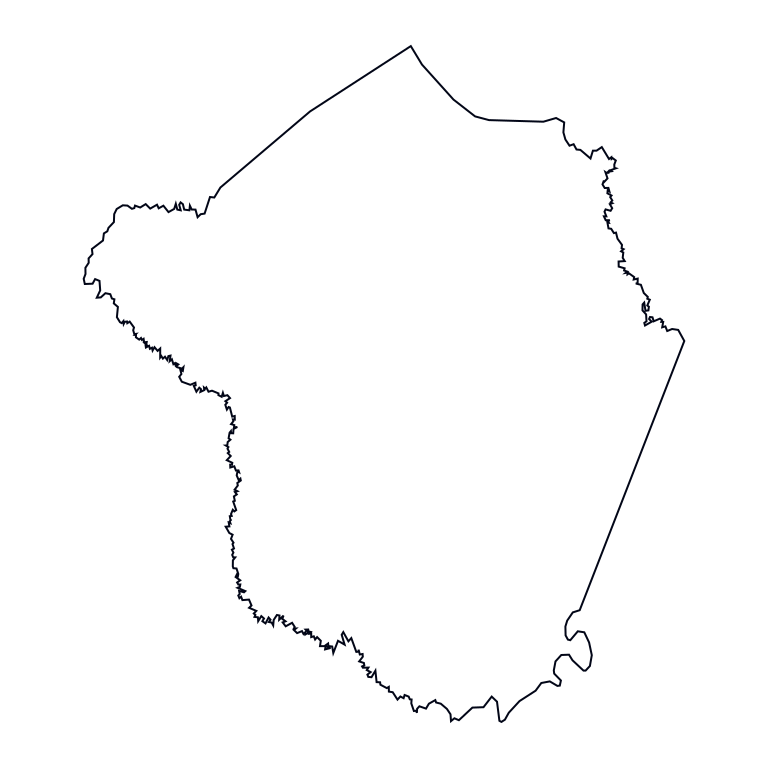 Puerto Rico, Meta, Colombia (Natural Earth projection)
{"feature_id": "7082276B74831898220162", "entity_name": "Puerto Rico", "entity_type": "district", "adm_level": 2, "iso_a3": "COL", "parent_name": "Colombia", "parent_adm1": "Meta", "projection": "natural_earth1", "projection_center": [-73.12, 2.752], "detail": "fine", "context": "isolated", "style": "outline", "palette": "ink", "viewbox_px": 768, "rotation_deg": 0, "n_neighbors": 0, "source": "geoboundaries", "source_scale": "gbopen_adm2", "svg_char_len": 6112}
<svg xmlns="http://www.w3.org/2000/svg" viewBox="0 0 768 768"><path d="M579.7,610.2L684.3,341.0L678.2,329.9L672.1,329.0L667.2,331.0L665.4,326.4L662.2,327.3L663.2,321.9L661.3,321.9L662.0,320.1L660.0,318.6L653.7,321.3L652.5,317.3L650.0,317.0L649.1,319.0L651.7,321.7L645.0,325.5L644.3,322.9L646.5,321.3L646.1,314.4L642.5,310.4L642.6,304.4L644.2,302.6L645.5,310.8L648.4,310.4L648.9,306.7L647.3,305.5L649.8,299.7L647.3,298.7L647.8,296.9L643.8,293.0L640.9,284.8L635.8,283.5L637.6,283.1L637.7,278.6L633.7,279.5L634.2,277.1L628.9,273.3L627.5,274.3L627.6,272.6L625.7,272.9L627.3,271.6L624.1,270.5L624.6,268.3L618.7,266.6L618.6,261.5L624.7,261.1L622.7,257.8L623.3,252.5L621.1,251.3L623.6,249.2L621.6,248.3L622.0,244.9L617.5,238.7L616.0,232.6L613.9,233.1L611.2,228.8L608.5,228.4L607.4,222.4L608.8,222.7L607.9,221.1L609.8,220.2L605.7,220.2L603.9,216.3L606.3,216.3L604.5,211.7L605.6,209.4L610.6,210.8L612.2,208.2L609.8,204.1L612.3,203.2L610.7,202.3L612.3,200.5L610.2,197.1L611.5,195.5L607.4,193.3L607.7,190.4L609.4,191.5L608.4,187.9L604.7,188.0L602.5,184.4L603.9,180.5L604.1,182.0L607.5,178.4L605.4,172.1L606.9,173.1L608.3,171.6L608.2,173.5L609.1,171.6L611.7,171.2L610.6,170.2L615.9,168.3L614.4,167.8L614.3,164.5L615.8,160.5L612.6,158.1L611.6,158.9L611.4,157.2L609.0,159.0L601.8,147.1L596.5,150.7L592.9,150.7L590.5,158.5L580.4,149.9L576.5,149.5L573.6,144.2L569.5,145.7L565.4,139.5L563.4,132.4L564.2,122.4L556.1,118.0L543.4,121.7L489.0,120.1L475.1,116.4L453.5,99.6L422.0,64.6L410.8,46.1L310.1,111.4L220.4,187.5L214.3,197.5L210.0,197.0L204.6,213.6L200.7,214.2L197.6,217.2L195.5,209.6L191.7,209.5L189.9,205.7L189.4,210.3L184.2,209.6L182.9,204.2L180.6,202.4L179.2,204.8L180.7,210.3L177.3,209.6L175.8,203.8L174.2,208.9L168.5,212.1L163.4,205.7L158.7,208.3L157.0,204.7L150.2,208.6L145.7,204.1L140.2,207.5L135.0,205.6L134.3,208.1L131.9,208.8L127.5,205.6L122.8,205.3L116.7,209.0L114.2,214.1L113.9,222.1L108.5,227.8L107.3,231.3L103.9,233.4L103.0,240.5L91.9,249.0L92.5,254.1L88.6,258.4L88.7,262.8L85.4,267.8L85.5,274.0L83.7,278.8L84.8,284.0L92.6,283.7L95.1,279.1L99.5,280.9L100.2,290.4L96.8,297.7L100.8,297.4L105.4,293.2L110.3,294.2L111.9,298.5L114.4,299.3L113.8,303.4L117.9,306.9L116.9,317.2L120.0,322.2L121.7,323.1L123.4,321.1L123.7,323.9L124.8,321.8L127.0,321.5L127.3,323.2L129.7,321.6L134.0,327.5L133.2,330.2L134.3,334.1L135.9,333.9L134.8,334.9L136.0,335.0L135.9,337.3L139.2,339.6L141.0,338.0L141.9,339.9L143.6,338.8L144.1,342.3L146.7,342.0L146.4,343.8L145.2,343.5L146.9,345.2L145.6,345.4L145.9,347.5L149.1,345.8L149.9,348.8L152.0,347.7L152.6,350.5L154.5,347.2L157.6,350.9L160.2,348.5L160.2,357.5L161.3,356.0L162.9,358.6L165.0,356.7L167.2,360.0L168.4,356.1L170.5,355.6L169.7,361.2L171.9,359.3L173.4,364.2L174.5,363.4L175.5,365.1L176.0,363.1L178.3,364.4L176.1,366.3L177.1,367.2L182.0,368.6L183.4,367.2L182.8,371.0L180.3,369.7L181.4,374.0L179.2,376.8L181.8,381.7L190.3,384.8L195.4,382.7L195.7,385.3L193.8,385.9L196.4,391.7L199.3,387.7L201.0,389.2L200.4,391.9L204.3,390.1L204.0,387.6L205.2,388.7L206.3,387.4L208.5,391.7L212.0,390.7L218.5,393.4L218.4,395.1L221.7,396.8L222.9,392.8L223.9,396.0L227.4,395.2L230.0,398.1L225.4,401.2L227.1,402.7L225.3,404.8L226.9,409.6L228.6,407.0L229.9,407.5L232.2,416.6L234.7,416.0L234.8,419.6L232.9,419.4L233.4,421.2L231.1,424.1L234.3,425.1L234.0,427.3L237.3,427.0L233.5,429.0L233.2,433.3L231.1,433.2L230.9,431.1L229.6,432.7L228.6,438.3L230.4,439.7L227.7,442.0L227.3,445.4L225.8,445.5L228.4,447.1L227.5,448.7L229.2,451.9L227.8,453.1L230.7,456.0L226.8,460.2L232.3,462.8L232.0,464.7L230.2,464.7L230.3,467.5L234.3,466.3L235.9,470.5L238.5,470.4L239.1,472.3L237.5,471.4L236.7,475.4L238.7,480.1L240.4,478.6L240.8,480.5L237.3,483.0L237.8,485.5L234.6,489.7L237.4,491.2L234.9,492.0L236.8,494.4L233.9,496.4L234.8,500.8L233.2,501.5L236.2,510.1L234.3,511.4L232.8,509.8L231.0,514.1L231.7,515.9L229.8,516.2L230.4,519.9L231.4,519.4L229.7,521.3L230.4,523.2L228.7,522.5L229.4,526.4L225.7,526.7L229.3,533.0L232.6,534.7L231.0,538.9L233.5,542.7L232.5,544.1L234.0,548.5L231.9,549.7L233.4,552.6L232.2,554.9L233.2,557.3L235.2,557.4L232.9,560.3L232.8,566.4L233.4,568.2L236.5,568.5L238.3,574.0L237.7,577.4L236.9,574.4L235.6,577.0L240.2,580.3L237.1,582.5L238.4,584.6L240.3,584.5L239.9,586.8L237.6,587.8L245.3,591.1L244.0,592.3L239.1,590.9L239.7,594.0L238.3,595.5L239.4,598.2L241.1,596.7L242.4,600.1L249.0,599.6L251.5,605.5L249.1,607.8L256.3,610.9L253.8,613.5L255.4,614.9L254.5,616.9L257.9,617.3L258.2,621.1L261.3,616.1L264.0,618.5L262.4,621.2L265.5,623.4L268.6,617.5L270.5,619.7L268.9,622.0L271.7,622.6L273.2,625.4L273.7,619.9L276.9,615.0L279.5,615.5L279.2,619.7L283.5,615.6L282.3,618.9L285.5,621.3L282.7,622.4L285.7,626.3L292.1,622.8L294.7,626.9L293.8,628.6L295.9,628.5L294.0,630.1L297.1,633.1L302.0,631.1L303.5,634.0L305.1,632.4L305.3,634.5L308.2,632.6L305.6,629.6L308.2,629.5L308.6,631.5L310.9,632.0L309.6,633.7L311.2,633.5L311.2,637.1L313.8,636.3L315.1,639.5L317.1,637.1L320.8,640.8L320.0,646.1L324.5,646.1L328.1,643.5L328.5,647.2L325.6,646.3L325.1,649.4L329.8,648.2L329.7,646.2L332.2,646.5L333.3,653.0L338.0,640.8L344.6,644.6L341.7,634.8L343.3,632.1L348.4,641.3L351.3,638.1L356.3,651.9L358.5,651.7L358.6,649.7L359.8,654.5L362.6,654.0L362.8,656.7L359.2,661.4L363.9,663.0L364.3,665.4L362.1,666.4L362.9,667.7L368.4,667.6L366.8,670.1L370.6,672.1L367.4,674.6L368.3,676.9L371.5,677.2L375.4,670.7L376.6,682.1L380.1,682.3L380.4,684.7L386.8,688.1L388.8,686.9L388.9,691.6L392.7,692.2L397.5,699.6L400.4,696.5L403.6,698.2L404.6,695.0L408.7,696.6L409.8,699.3L411.6,699.5L411.3,703.4L413.9,711.0L416.0,710.7L416.9,712.8L417.1,708.8L419.4,706.3L426.0,708.6L428.9,703.7L435.3,700.1L436.1,702.5L440.8,703.7L446.9,708.9L450.5,714.3L451.0,721.1L454.4,718.3L458.9,720.2L472.4,707.6L483.5,707.2L491.7,696.6L497.0,701.7L499.4,720.8L501.4,721.9L504.9,719.7L508.8,712.7L519.5,701.1L535.6,690.7L541.3,683.0L549.8,681.4L557.4,685.9L559.8,685.6L560.9,680.5L554.2,673.6L553.8,670.4L555.5,661.4L561.3,655.0L569.0,654.7L572.5,660.3L583.5,670.6L585.6,670.6L589.9,666.0L591.8,655.2L589.1,642.5L584.3,632.3L577.8,631.3L570.3,640.2L567.9,639.6L565.6,635.4L565.4,626.5L567.2,620.6L572.8,612.4L579.7,610.2Z" fill="none" stroke="#020617" stroke-width="2"/></svg>